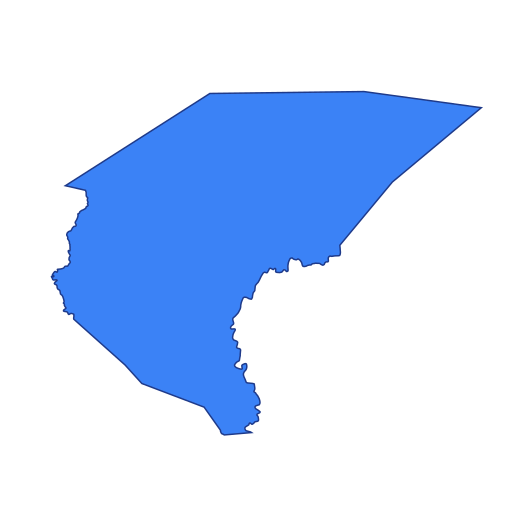 Macaracas, Los Santos, Panama (Albers equal-area conic projection), rotated 189°
{"feature_id": "35544464B79147268573624", "entity_name": "Macaracas", "entity_type": "district", "adm_level": 2, "iso_a3": "PAN", "parent_name": "Panama", "parent_adm1": "Los Santos", "projection": "albers", "projection_center": [-80.516, 7.678], "detail": "fine", "context": "isolated", "style": "filled", "palette": "blue", "viewbox_px": 512, "rotation_deg": 189, "n_neighbors": 0, "source": "geoboundaries", "source_scale": "gbopen_adm2", "svg_char_len": 6123}
<svg xmlns="http://www.w3.org/2000/svg" viewBox="0 0 512 512"><g transform="rotate(189 256 256)"><path d="M56.7,437.7L175.1,435.3L327.0,409.3L455.3,295.6L434.7,294.2L433.7,292.3L433.2,289.3L432.9,288.5L432.6,288.1L431.6,287.4L431.3,287.1L431.4,285.3L431.4,284.8L431.2,284.3L430.4,283.0L430.3,282.5L430.4,282.1L430.7,281.6L430.7,281.4L430.5,281.1L430.0,280.3L429.8,279.9L429.9,279.4L430.3,278.8L431.0,278.5L431.3,278.1L431.5,277.5L431.5,276.8L432.0,276.1L433.6,274.8L434.8,274.0L435.4,273.7L436.9,272.1L437.0,271.7L437.1,270.9L437.3,270.6L438.3,269.9L438.5,269.6L438.5,269.4L438.2,268.8L438.1,267.5L438.3,265.7L438.9,263.5L439.7,261.6L439.8,261.1L439.8,260.6L439.6,260.2L438.5,258.7L438.4,258.3L438.5,257.8L438.7,257.4L439.1,257.1L439.7,256.9L440.3,256.8L440.6,256.6L441.2,255.7L441.6,255.2L442.6,252.3L442.9,251.9L443.2,251.6L443.8,251.5L445.0,250.7L445.9,249.5L446.1,248.9L446.3,247.6L446.2,247.0L445.0,245.4L444.8,244.8L444.8,243.9L444.7,243.5L443.9,242.7L442.5,240.8L442.4,239.5L441.5,238.1L441.4,236.9L441.0,235.8L441.0,234.9L440.6,233.2L440.6,232.6L440.8,231.9L441.4,232.0L441.8,232.1L442.1,232.0L442.2,231.8L442.1,231.0L442.0,230.7L441.3,229.7L440.4,228.5L439.8,228.0L439.6,227.7L439.6,227.2L440.3,225.2L440.2,223.4L439.9,222.7L438.8,221.7L438.7,221.4L438.5,221.0L438.5,220.4L439.4,219.0L440.2,217.0L440.5,216.5L442.2,216.2L443.0,215.9L443.4,215.4L443.6,214.8L443.8,214.4L444.6,213.7L445.3,213.3L447.0,212.6L450.0,211.8L450.1,211.5L450.0,211.2L449.7,210.9L449.5,210.5L449.8,209.1L450.2,208.9L451.7,209.3L452.2,209.2L452.5,208.9L453.1,208.0L453.6,206.8L454.1,205.9L453.9,205.1L452.8,204.9L452.5,204.6L452.5,204.4L452.6,204.0L452.8,203.8L453.9,204.1L454.4,204.1L454.6,204.0L454.8,203.8L454.8,203.6L454.5,203.1L453.5,201.9L453.2,201.1L452.6,200.7L451.9,200.6L450.8,201.0L449.3,201.3L449.0,201.2L448.9,201.1L448.7,200.6L450.4,198.7L450.8,197.7L450.8,197.2L450.1,196.6L448.7,196.3L448.2,195.9L447.9,195.4L447.4,193.5L447.0,192.9L446.7,192.5L446.2,192.1L444.8,191.6L444.4,191.2L444.1,190.7L443.2,188.0L442.6,187.5L441.5,186.9L440.8,186.1L440.4,185.5L439.3,183.4L438.5,181.4L438.4,180.6L438.8,179.7L438.8,179.3L437.9,178.7L437.7,178.3L437.5,177.2L436.8,176.2L435.7,175.2L435.6,174.8L435.6,174.6L435.8,174.3L437.2,172.9L437.5,172.5L437.6,172.2L437.5,171.6L437.2,171.4L436.9,171.3L434.4,171.3L433.7,171.1L433.3,170.8L432.4,169.4L431.8,169.0L431.3,169.2L430.2,170.1L429.6,170.4L428.2,170.3L426.9,170.0L426.8,169.8L426.6,168.9L426.4,167.8L426.4,166.1L426.1,165.1L368.3,127.9L348.8,112.2L283.6,98.6L264.0,78.5L263.8,78.2L263.6,77.3L263.3,76.7L262.6,75.7L262.2,75.3L261.6,75.0L260.4,74.8L259.4,74.3L232.8,80.9L233.9,81.4L236.0,81.6L238.5,81.9L239.2,82.5L239.6,83.0L240.0,83.9L240.1,84.6L239.9,85.1L239.5,85.7L238.7,86.4L237.4,87.5L236.7,88.2L236.5,89.6L236.3,89.9L235.9,90.1L235.6,90.1L235.1,89.9L234.1,89.3L233.8,89.2L233.5,89.2L232.4,90.1L232.0,90.6L231.5,91.5L231.0,92.1L230.5,92.3L228.6,93.0L228.2,93.4L227.9,93.7L227.9,94.2L227.9,94.8L228.3,96.3L228.9,97.8L230.1,98.9L230.2,99.5L230.2,99.9L229.9,100.3L227.9,101.7L227.6,102.2L227.6,102.7L227.9,103.0L229.5,103.9L231.7,104.8L232.3,105.1L233.2,106.0L233.4,106.8L233.2,107.4L232.7,108.0L230.6,109.1L229.8,109.4L229.5,109.7L229.2,110.6L229.1,111.2L229.2,112.3L229.7,113.8L230.5,115.5L232.4,118.1L234.5,120.0L235.0,120.7L236.8,121.6L236.8,122.3L236.4,123.9L236.4,124.7L236.6,125.7L237.7,129.3L238.1,129.5L239.7,129.6L244.5,129.3L245.5,129.5L245.9,129.8L246.3,130.4L246.7,131.1L247.1,131.9L249.0,134.8L249.8,136.5L250.0,137.8L249.7,139.3L249.0,140.7L248.5,141.3L247.9,142.7L247.7,144.1L247.8,145.6L248.2,147.0L248.6,147.8L248.9,148.0L249.3,148.1L250.2,147.9L251.5,147.1L252.2,146.6L252.6,146.2L252.8,145.8L252.8,145.2L252.0,142.6L252.2,142.2L252.5,142.0L253.2,141.9L255.5,142.1L258.0,142.7L258.7,143.1L259.6,143.7L259.9,144.2L260.1,144.8L260.1,145.4L258.9,147.6L257.8,148.8L256.5,149.6L256.1,150.3L256.1,153.1L256.0,155.0L256.2,156.2L256.5,160.7L256.9,161.4L257.4,161.7L257.8,161.9L258.9,161.9L259.6,162.0L260.4,162.3L260.8,162.6L260.9,163.0L260.9,163.9L260.6,165.6L260.6,167.1L260.6,167.9L260.9,168.3L261.3,168.6L261.9,168.9L264.9,169.6L265.7,170.4L266.2,171.2L266.4,172.0L266.4,174.8L265.9,176.9L265.4,178.2L265.0,179.3L265.0,180.1L265.1,180.4L265.6,180.6L266.2,180.6L268.8,180.0L269.5,180.3L269.8,180.7L269.9,181.1L269.9,182.0L269.5,182.9L269.1,183.5L267.8,184.9L267.5,185.5L267.7,186.6L268.1,187.4L269.0,189.4L269.1,190.4L269.0,190.9L268.7,191.5L267.0,193.5L264.9,196.7L264.4,197.9L263.4,201.0L263.2,202.2L263.2,203.5L263.4,205.2L263.3,206.4L263.3,207.3L262.9,209.6L262.3,212.0L262.2,212.4L261.7,213.0L261.3,213.4L260.5,213.6L258.7,213.6L256.1,212.7L255.6,212.7L254.2,212.6L253.9,212.6L253.6,212.9L253.3,213.8L253.1,214.7L253.2,216.0L253.1,218.8L252.8,219.7L251.8,221.5L252.0,225.5L252.0,226.4L251.8,227.1L250.8,228.9L249.8,230.3L248.9,232.7L247.7,236.8L246.3,240.2L245.9,240.7L245.1,241.3L244.5,241.3L243.0,241.1L242.6,241.2L242.2,241.5L241.1,244.5L240.9,245.4L240.5,245.9L240.1,246.1L239.4,246.1L237.0,245.3L236.6,245.4L235.8,246.5L235.3,246.7L235.0,246.7L234.6,246.4L234.4,246.0L234.2,243.7L234.0,243.4L233.7,243.3L232.9,243.1L230.1,243.3L228.3,244.0L227.7,244.5L226.7,246.3L226.4,246.7L226.0,246.8L225.6,246.8L225.1,246.7L224.5,246.2L223.5,245.5L223.0,245.5L222.3,246.0L222.1,246.3L222.1,247.0L222.9,250.8L223.0,252.2L223.0,254.5L222.6,256.6L222.0,258.5L221.8,258.9L221.2,259.3L220.8,259.5L220.0,259.7L218.4,258.8L217.2,258.6L215.8,258.5L215.3,258.7L214.2,259.6L213.8,259.6L213.1,259.4L211.6,258.5L210.3,257.1L209.7,256.2L208.9,254.3L208.0,253.2L207.1,253.1L206.5,253.2L205.0,253.7L203.5,254.8L201.6,255.5L200.4,255.7L199.9,256.1L199.6,256.7L199.1,257.1L198.5,257.4L197.5,257.6L196.2,258.2L194.0,258.4L192.8,258.6L192.1,258.6L191.6,258.5L190.7,258.0L190.3,257.8L188.9,257.4L188.3,257.5L187.3,258.3L187.2,258.7L187.0,259.8L186.1,260.9L185.7,261.2L184.1,261.5L183.8,262.0L183.7,262.3L184.3,264.9L184.3,265.7L184.0,266.5L183.2,267.4L182.8,267.5L181.8,267.5L181.2,267.5L178.0,268.5L174.8,269.1L173.9,269.4L173.5,269.6L173.3,270.0L173.1,271.2L173.2,272.9L174.0,276.1L174.1,276.7L174.9,279.7L132.9,350.4L56.7,437.7Z" fill="#3b82f6" stroke="#1e3a8a" stroke-width="1.5"/></g></svg>